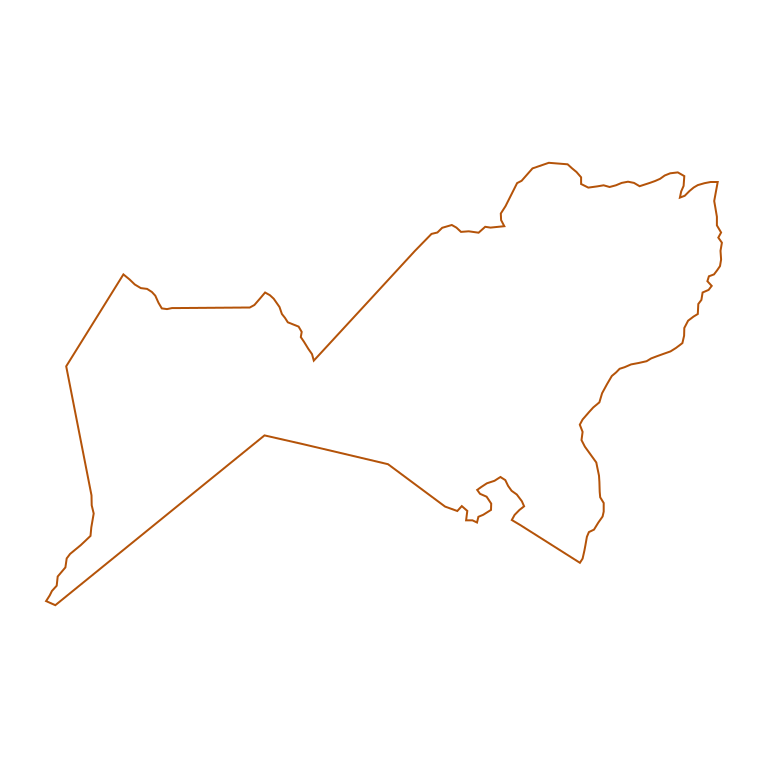 Guaraciaba do Norte, Ceará, Brazil (Robinson projection)
{"feature_id": "56859067B84728913810343", "entity_name": "Guaraciaba do Norte", "entity_type": "district", "adm_level": 2, "iso_a3": "BRA", "parent_name": "Brazil", "parent_adm1": "Ceará", "projection": "robinson", "projection_center": [-40.863, -4.244], "detail": "fine", "context": "isolated", "style": "outline", "palette": "amber", "viewbox_px": 768, "rotation_deg": 0, "n_neighbors": 0, "source": "geoboundaries", "source_scale": "gbopen_adm2", "svg_char_len": 2426}
<svg xmlns="http://www.w3.org/2000/svg" viewBox="0 0 768 768"><path d="M91.3,527.4L90.5,535.9L80.9,545.0L70.1,553.9L66.7,558.4L65.4,567.4L57.7,576.5L56.7,585.7L51.9,591.0L49.8,595.3L46.1,601.1L55.3,605.2L264.5,435.4L303.2,444.2L310.0,445.8L388.0,464.2L445.1,506.6L457.3,511.0L461.8,506.1L467.3,510.9L466.1,520.3L472.4,520.3L477.0,522.5L478.4,516.8L483.2,514.8L491.0,509.9L491.2,503.6L486.6,496.7L480.0,493.8L477.2,489.9L481.1,487.1L486.9,483.3L494.5,480.8L500.4,477.0L505.3,480.1L508.1,485.9L511.6,490.8L516.8,494.5L521.9,501.3L524.1,506.3L519.5,509.9L514.6,514.9L511.8,520.0L520.2,525.0L579.9,562.8L582.6,558.6L584.4,550.6L585.4,545.3L586.9,536.8L588.9,532.1L594.0,529.6L598.3,522.6L602.6,516.5L603.7,511.6L603.7,503.0L600.2,497.3L599.7,491.8L599.4,482.0L599.0,475.7L597.3,467.5L596.3,462.5L584.9,446.7L581.5,440.1L582.6,431.9L579.8,424.7L582.6,419.5L589.2,411.9L593.2,407.5L599.4,402.3L602.1,393.2L607.0,384.2L611.8,376.0L616.1,372.4L619.6,368.8L624.6,367.2L631.1,364.4L638.6,363.0L646.6,361.2L651.2,358.4L657.0,356.2L663.4,353.9L670.5,351.4L675.9,348.0L682.4,343.1L684.1,335.7L684.3,328.0L688.1,320.7L693.5,316.6L697.8,314.0L698.3,304.0L701.4,299.9L702.6,292.5L708.6,289.9L711.7,285.9L707.4,281.2L708.9,276.3L714.0,274.4L717.2,270.2L720.0,266.1L721.1,259.5L720.5,250.8L721.9,242.7L718.3,237.6L721.1,232.5L716.9,225.4L716.9,216.8L715.4,207.9L714.2,201.0L717.7,182.0L710.6,182.0L704.4,183.2L697.8,185.1L693.7,187.5L689.6,190.9L684.7,195.8L679.9,197.6L681.2,191.4L683.6,185.9L684.3,176.1L677.8,172.4L670.2,173.3L664.7,175.5L660.1,178.8L655.1,181.0L649.8,182.9L639.6,186.2L634.0,182.9L628.0,181.7L621.7,182.9L615.9,185.3L609.6,187.0L603.6,185.3L597.1,186.4L588.3,187.6L581.1,184.0L581.1,177.3L576.5,172.0L571.9,168.2L567.6,164.3L548.8,162.8L532.5,168.4L521.6,180.8L517.1,183.1L505.5,206.2L500.8,213.5L501.1,220.1L504.3,226.2L490.5,227.6L485.2,226.8L478.6,232.7L468.7,231.3L461.0,231.9L456.4,227.6L451.8,225.0L442.2,227.8L437.4,232.5L431.5,233.9L414.9,250.9L368.7,301.1L318.9,355.1L313.8,360.6L312.0,354.1L308.3,348.8L304.0,341.8L300.8,337.1L301.7,331.9L298.6,326.6L287.8,322.3L285.0,317.9L281.9,314.0L279.5,307.0L273.7,298.7L269.9,295.2L265.1,292.5L260.2,298.3L254.4,305.0L249.8,307.5L171.8,308.1L167.0,309.1L161.8,308.4L158.5,302.8L155.3,295.7L151.9,292.0L147.1,288.9L140.8,288.1L134.8,284.5L129.5,279.4L123.4,274.4L66.2,366.3L91.5,495.4L91.7,505.3L93.7,513.5L91.3,527.4Z" fill="none" stroke="#b45309" stroke-width="2"/></svg>